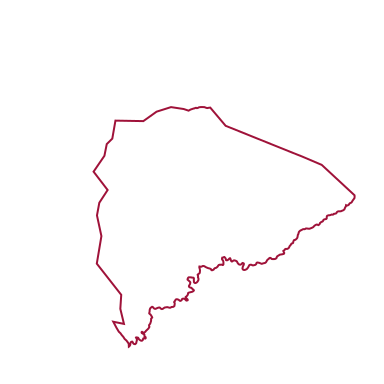 Bo'mbogor, Bayanhongor, Mongolia, rotated 238°
{"feature_id": "93677404B12243901398913", "entity_name": "Bo'mbogor", "entity_type": "district", "adm_level": 2, "iso_a3": "MNG", "parent_name": "Mongolia", "parent_adm1": "Bayanhongor", "projection": "albers", "projection_center": [99.341, 46.245], "detail": "fine", "context": "isolated", "style": "outline", "palette": "rose", "viewbox_px": 384, "rotation_deg": 238, "n_neighbors": 0, "source": "geoboundaries", "source_scale": "gbopen_adm2", "svg_char_len": 5847}
<svg xmlns="http://www.w3.org/2000/svg" viewBox="0 0 384 384"><g transform="rotate(238 192 192)"><path d="M253.9,252.2L254.6,250.7L255.1,249.4L255.8,248.7L257.4,247.5L259.2,244.8L260.1,242.9L260.2,241.6L260.5,240.6L261.2,240.1L261.5,239.5L261.6,238.4L261.9,237.8L262.7,234.4L262.8,232.2L266.8,228.9L275.1,219.2L278.9,204.5L277.9,188.3L293.1,164.9L279.5,152.7L277.8,145.1L269.1,136.9L261.4,119.3L238.4,121.5L232.0,107.7L222.5,99.0L202.6,91.8L181.7,73.3L142.3,77.5L130.9,69.3L116.2,64.4L123.7,56.5L116.8,56.0L112.3,55.9L110.1,56.5L108.0,56.6L105.5,57.0L103.1,57.0L100.8,57.7L99.3,57.8L98.6,57.9L96.8,57.9L94.3,56.5L94.3,56.8L94.6,57.7L95.1,58.6L96.6,59.9L97.0,60.5L97.1,61.1L97.0,61.6L96.7,62.1L96.4,62.1L94.9,62.0L94.2,62.1L93.6,62.5L93.1,63.2L93.2,63.9L93.4,64.6L94.8,65.9L95.1,66.4L96.1,67.1L97.2,67.4L98.2,67.3L98.3,67.5L98.1,67.9L97.5,68.6L96.9,69.1L95.2,69.0L94.2,69.3L92.9,70.0L92.6,70.4L92.4,70.9L92.5,71.4L92.6,71.9L93.6,73.0L93.6,73.3L93.4,73.8L92.5,74.6L92.5,75.0L92.7,75.4L93.5,75.7L94.3,75.5L94.6,75.2L95.0,75.3L96.4,76.1L96.9,76.0L97.6,75.4L98.4,75.0L99.0,74.7L99.6,74.8L99.9,75.1L99.9,75.5L98.6,76.2L98.2,76.6L98.1,77.0L98.2,78.4L98.6,79.3L99.0,81.3L99.3,82.7L99.8,83.7L100.2,84.4L101.1,84.6L101.6,84.9L102.0,85.3L102.5,86.8L104.3,88.9L106.3,90.3L106.6,91.7L107.3,91.9L110.0,91.9L111.1,91.5L111.7,91.4L112.1,91.7L113.1,92.7L114.4,93.6L115.4,94.8L115.7,95.7L115.8,97.3L115.5,97.6L115.2,97.8L113.6,98.0L112.5,98.7L112.3,99.1L112.1,99.9L112.0,101.1L111.8,101.9L111.6,102.6L111.3,103.2L110.9,103.5L109.8,103.7L109.2,104.0L108.7,104.4L108.5,104.9L108.4,105.5L108.5,106.8L108.5,107.6L107.8,109.3L107.4,110.1L105.8,111.6L105.4,112.2L105.3,113.1L105.3,113.7L104.6,115.1L104.5,115.6L104.7,116.7L106.2,118.0L107.1,118.5L108.1,118.5L108.5,119.2L108.5,119.6L108.8,120.0L109.3,121.0L109.4,121.4L109.3,121.9L109.1,122.3L108.5,123.0L107.5,123.6L106.1,124.1L105.8,124.5L105.7,125.2L105.8,125.9L106.2,126.5L106.5,127.0L106.4,127.6L106.2,128.1L105.5,128.8L104.9,129.2L104.0,129.4L103.4,129.5L102.9,129.7L102.7,130.1L102.5,130.8L102.6,131.1L103.1,131.3L103.8,131.2L104.4,131.0L105.1,130.8L106.0,130.7L106.3,130.9L106.4,131.2L106.3,131.9L106.5,132.4L106.7,132.9L106.9,133.6L107.3,134.2L108.3,135.1L108.4,135.5L108.3,136.1L107.9,137.4L107.3,139.2L107.2,140.3L107.3,141.0L107.5,141.4L108.0,141.5L108.7,141.3L109.6,141.0L111.1,140.7L111.7,140.0L112.1,139.7L113.0,139.3L113.6,139.4L114.0,139.7L114.4,140.4L114.8,141.3L115.2,141.8L116.1,142.5L116.3,142.7L116.6,142.7L117.4,142.6L119.7,141.9L120.0,141.8L120.4,142.0L121.0,142.8L121.3,143.3L121.4,143.9L121.1,144.5L120.1,146.0L119.5,146.5L118.8,147.5L118.5,147.8L117.9,147.9L117.3,147.6L116.6,147.0L114.5,145.9L113.7,146.0L113.1,146.4L112.9,146.9L112.8,147.9L113.0,149.0L113.8,150.6L114.6,151.3L115.4,151.7L116.3,151.8L116.6,151.9L117.3,152.5L117.9,152.8L118.3,152.8L118.8,152.9L119.0,153.4L119.1,155.2L119.4,155.8L121.2,157.2L122.6,157.8L124.1,158.2L124.9,158.8L124.8,159.0L124.4,159.4L123.9,159.9L123.7,160.4L123.6,160.9L123.6,161.6L123.4,162.2L122.8,162.9L122.3,163.3L121.3,163.7L119.9,164.6L118.8,165.4L118.0,166.2L117.4,166.7L116.8,167.1L116.1,167.2L115.4,167.1L115.0,167.5L114.7,169.0L114.8,169.4L115.1,170.1L115.3,170.8L114.9,172.5L115.1,174.0L115.7,175.3L115.9,176.0L115.6,177.1L115.2,177.6L115.0,178.1L114.6,178.8L113.9,179.2L113.7,179.7L114.0,180.3L115.7,181.4L116.6,181.8L117.7,182.0L118.3,181.8L118.8,181.8L119.3,181.9L119.9,182.4L120.3,182.9L119.9,183.6L119.9,184.1L119.9,184.5L119.7,185.0L119.0,185.2L117.8,185.3L116.2,184.8L115.9,185.0L115.5,185.5L115.4,186.4L115.4,187.2L115.7,188.1L115.8,188.8L115.6,189.2L115.2,189.2L114.7,189.1L113.1,188.7L112.5,188.7L112.0,188.9L111.8,189.3L111.9,190.5L111.8,191.3L111.4,191.9L110.8,192.4L110.0,193.0L109.2,193.3L107.9,193.1L106.0,193.3L105.0,194.1L104.7,194.6L104.6,195.2L104.7,196.1L105.0,196.8L105.0,197.3L104.7,197.6L104.0,198.0L103.5,197.9L102.8,197.2L101.9,195.7L100.5,194.3L99.7,194.1L98.8,194.3L98.1,195.1L97.8,195.9L97.6,197.5L98.2,199.4L99.3,201.3L99.6,201.9L99.6,202.3L99.3,203.1L98.9,203.7L98.4,204.1L97.8,204.4L97.3,205.1L97.0,206.0L96.7,206.9L96.7,207.6L96.9,208.3L97.5,208.9L97.7,209.5L97.6,210.0L96.4,211.4L94.2,213.0L94.0,213.5L93.8,214.5L93.4,215.6L93.1,216.7L93.3,217.7L93.8,218.6L94.3,219.5L94.6,220.4L94.6,221.6L94.9,222.2L94.9,222.8L94.8,223.3L94.3,223.8L93.5,223.9L93.0,224.1L92.6,224.5L92.1,225.4L91.7,225.8L91.1,227.3L91.1,227.9L91.3,228.8L91.7,229.1L92.3,230.2L92.3,233.3L91.3,235.7L90.9,237.1L91.1,237.5L91.4,237.9L93.3,238.1L93.7,238.3L93.7,238.7L93.7,239.6L94.1,240.5L94.2,240.9L94.0,241.5L93.4,242.3L93.2,242.9L93.2,243.8L93.4,244.7L94.4,246.2L94.7,247.4L95.2,248.3L95.5,249.2L95.3,249.8L95.2,250.3L95.3,250.8L96.3,251.7L96.8,252.4L97.0,252.8L97.1,253.1L97.0,253.6L96.8,253.8L96.7,254.5L96.9,255.8L97.3,256.9L97.8,257.5L98.8,258.4L99.5,259.0L99.9,259.8L101.4,261.4L101.8,262.6L101.8,263.0L101.9,263.5L101.9,263.9L101.7,264.4L101.7,264.9L101.7,265.4L101.7,265.8L101.6,266.5L101.3,267.1L101.0,267.4L100.7,268.1L100.7,269.3L100.3,269.9L98.7,271.9L98.4,273.0L98.2,274.1L98.0,275.4L98.0,276.3L98.5,278.0L98.5,278.7L98.5,279.7L98.4,280.2L98.2,280.7L97.8,281.1L97.0,281.5L96.9,281.8L97.1,282.9L97.3,283.5L97.9,284.2L97.9,284.8L98.0,285.3L98.1,286.0L97.8,286.9L97.9,287.5L98.7,288.8L98.7,289.5L98.4,290.5L98.1,291.2L98.0,291.6L98.2,292.2L99.4,293.0L100.0,293.6L100.2,294.1L99.9,295.5L99.4,296.3L99.1,297.2L98.9,298.4L98.8,298.7L98.3,299.2L98.1,299.6L98.1,300.2L98.3,300.7L98.0,301.3L97.5,302.8L97.6,303.3L97.9,303.8L98.2,304.5L98.2,305.2L98.0,306.0L97.2,307.2L96.7,308.3L96.7,308.9L96.4,310.0L96.4,311.2L96.5,312.0L97.6,313.5L98.1,314.4L98.3,315.0L98.9,315.4L99.2,315.7L98.4,316.2L98.1,317.0L98.1,318.1L98.3,318.7L98.7,319.3L98.8,320.1L98.7,320.6L98.6,321.3L98.7,322.0L99.6,323.7L100.7,326.5L101.8,327.4L103.1,328.1L146.2,316.4L164.0,304.0L171.3,298.6L230.3,255.6L253.9,252.2Z" fill="none" stroke="#9f1239" stroke-width="2"/></g></svg>